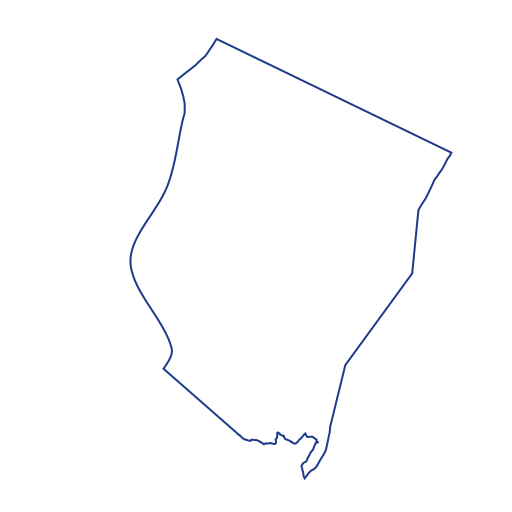 the district of Famatina, La Rioja, Argentina, rotated 206°
{"feature_id": "61730980B89547050111737", "entity_name": "Famatina", "entity_type": "district", "adm_level": 2, "iso_a3": "ARG", "parent_name": "Argentina", "parent_adm1": "La Rioja", "projection": "robinson", "projection_center": [-67.626, -28.654], "detail": "fine", "context": "isolated", "style": "outline", "palette": "blue", "viewbox_px": 512, "rotation_deg": 206, "n_neighbors": 0, "source": "geoboundaries", "source_scale": "gbopen_adm2", "svg_char_len": 5533}
<svg xmlns="http://www.w3.org/2000/svg" viewBox="0 0 512 512"><g transform="rotate(206 256 256)"><path d="M114.8,77.5L114.5,78.9L113.6,83.4L112.9,86.1L111.9,87.9L110.6,89.6L109.8,91.5L109.3,93.5L109.2,95.7L109.0,97.8L108.9,99.9L108.8,102.0L108.5,104.1L108.3,106.2L108.1,108.3L108.1,110.4L108.2,112.5L108.7,114.6L109.2,116.6L109.7,118.7L110.2,120.7L110.3,120.9L110.7,122.8L111.3,124.8L111.8,126.9L112.2,128.9L112.9,130.9L113.6,132.9L114.4,134.8L116.7,145.5L119.2,156.9L120.7,163.8L127.9,197.1L108.0,308.8L109.3,312.4L127.8,362.1L130.1,368.4L129.9,371.6L129.8,373.7L129.6,375.8L129.3,377.9L129.0,380.0L128.8,382.1L128.7,384.2L128.7,386.3L128.7,388.4L128.7,390.6L128.7,392.7L128.8,394.8L128.8,396.9L128.8,399.0L129.0,401.1L128.9,403.2L128.5,405.3L128.1,407.4L127.8,409.5L127.5,411.6L127.1,413.6L126.8,415.7L126.7,417.8L126.6,420.0L126.5,422.1L126.5,424.2L126.5,426.3L126.3,428.4L125.6,431.2L125.7,434.5L386.6,433.8L386.8,431.7L387.0,429.5L387.2,427.4L387.4,425.4L387.8,423.3L388.1,421.2L388.4,419.1L388.6,417.0L389.0,414.9L389.5,412.8L390.3,410.9L391.2,409.0L391.9,407.0L392.6,405.0L393.3,403.0L394.0,401.0L404.0,380.4L401.6,378.0L399.0,375.7L396.0,372.8L394.5,371.0L392.7,369.1L391.0,367.2L389.6,365.2L387.5,362.6L386.0,359.9L384.7,357.1L383.7,355.2L382.7,353.0L381.5,346.1L380.6,342.6L380.1,340.5L379.6,338.5L379.1,336.4L378.5,334.4L378.0,332.3L377.4,330.3L376.8,328.2L376.3,326.2L375.7,324.1L375.1,322.1L374.6,320.0L374.0,318.0L373.5,316.0L372.9,313.9L372.3,311.5L371.9,309.8L371.3,307.8L370.8,305.7L370.3,303.6L369.9,301.6L369.4,299.5L369.0,297.5L368.6,295.4L368.2,293.3L367.8,291.3L367.5,289.2L367.2,287.1L366.9,285.0L366.6,283.0L366.4,280.9L366.3,278.8L366.2,276.6L366.1,274.5L366.1,272.3L366.2,270.1L366.2,267.9L366.4,265.7L366.5,263.5L366.7,261.2L367.0,259.0L367.2,256.7L367.5,254.5L367.7,252.2L368.0,250.0L368.3,247.7L368.6,245.4L368.9,243.2L369.2,240.9L369.5,238.7L369.8,236.5L370.0,234.2L370.2,232.0L370.5,229.8L370.6,227.6L370.8,225.5L370.9,223.3L371.0,221.2L371.0,219.1L371.0,217.0L370.9,214.9L370.8,212.9L370.6,210.9L370.3,209.0L370.0,207.0L369.6,205.1L369.2,203.3L368.6,201.4L368.0,199.6L367.3,197.9L366.5,196.2L365.6,194.5L364.6,192.9L363.6,191.3L362.5,189.8L361.3,188.3L360.0,186.8L358.7,185.4L357.4,184.0L355.9,182.6L354.5,181.2L352.9,179.9L351.4,178.6L349.7,177.3L348.1,176.0L346.4,174.8L344.7,173.6L342.9,172.4L341.1,171.2L339.3,170.0L337.4,168.8L335.6,167.6L333.7,166.5L331.8,165.3L329.9,164.2L328.0,163.1L326.1,161.9L324.2,160.8L322.3,159.6L320.4,158.5L318.6,157.3L316.7,156.2L316.3,156.0L314.8,155.0L313.0,153.8L311.2,152.7L309.4,151.5L307.6,150.2L305.9,149.0L304.2,147.8L302.5,146.5L301.9,146.0L300.9,145.2L299.3,143.9L297.8,142.6L296.3,141.2L294.8,139.8L293.5,138.4L292.1,136.9L290.9,135.4L289.9,133.8L289.2,132.0L288.8,130.1L288.5,128.1L288.5,126.0L288.5,124.4L288.5,123.8L288.7,121.5L289.0,119.2L289.3,116.9L289.6,114.6L289.7,114.1L195.5,88.5L194.9,88.1L194.5,88.1L193.6,87.7L193.2,87.9L192.4,87.9L192.2,87.7L191.8,87.6L191.2,87.3L190.6,87.3L190.2,87.1L189.5,86.8L188.4,86.5L188.0,86.5L187.7,86.3L187.0,86.3L186.2,86.3L185.6,86.3L184.4,86.3L183.4,86.7L182.6,86.8L182.1,86.9L181.2,87.0L180.7,87.2L179.8,87.6L179.8,88.3L179.5,88.9L179.1,89.2L178.0,89.4L177.5,89.6L176.3,90.3L175.3,90.4L174.8,90.8L174.1,90.9L172.4,90.9L171.5,90.9L171.0,90.7L170.4,91.0L169.8,90.6L168.1,90.7L167.4,90.3L166.8,90.2L166.2,90.3L165.6,91.3L165.2,91.9L164.4,92.1L163.4,92.5L162.5,93.1L161.9,93.7L160.5,94.4L160.1,94.4L159.7,94.4L159.3,94.5L158.9,94.7L158.2,94.8L157.6,94.9L157.2,95.1L156.8,95.2L156.3,95.7L156.2,96.5L156.3,97.3L156.5,97.7L156.6,98.0L156.9,98.3L157.2,98.7L157.6,99.2L157.9,99.5L157.9,100.5L157.5,101.3L157.5,101.7L157.7,102.4L157.9,102.8L158.1,103.3L158.1,103.9L158.2,104.5L158.7,105.0L158.8,105.2L159.3,105.9L159.3,106.0L159.3,106.3L159.2,106.7L158.9,107.0L158.6,107.0L158.2,107.0L158.0,106.9L156.5,106.5L156.3,106.4L155.9,106.2L155.3,106.1L154.0,106.1L153.1,106.0L152.9,106.2L152.4,106.6L151.8,106.2L151.6,106.0L151.2,105.4L150.8,105.0L150.7,104.9L149.9,104.5L149.1,104.3L148.3,104.4L147.3,104.6L146.6,104.6L145.6,104.7L144.4,104.6L143.8,104.4L143.1,104.7L142.3,104.2L142.2,104.2L141.7,104.4L141.4,104.3L140.9,104.3L140.6,104.2L140.3,104.2L139.9,104.2L139.3,104.1L138.9,104.3L138.0,105.0L137.9,105.2L137.7,105.8L137.4,106.3L136.9,107.7L136.8,108.5L136.6,109.8L136.2,110.6L136.1,111.0L135.5,112.0L135.2,113.5L135.1,114.1L134.8,115.3L134.5,116.1L134.4,117.1L133.9,118.1L133.0,117.5L132.2,116.7L131.7,116.4L131.0,116.0L130.5,115.9L130.0,116.0L129.6,116.1L129.0,116.8L128.3,117.1L127.5,117.6L127.0,117.8L126.5,118.1L126.3,118.1L125.9,118.3L125.3,118.2L124.9,118.1L124.2,118.0L123.3,117.7L123.2,117.7L122.8,117.7L122.5,117.7L121.6,117.7L121.1,117.5L120.9,117.3L120.8,116.9L120.7,116.6L120.6,116.3L120.5,116.0L120.4,115.9L120.0,115.7L119.7,115.6L119.1,115.8L118.7,115.8L118.7,115.7L118.9,115.3L119.2,115.2L119.4,115.1L119.6,115.0L119.9,114.9L120.1,114.7L120.3,114.4L120.4,113.2L120.3,112.0L120.2,111.5L120.2,110.1L120.1,109.3L120.0,108.1L119.9,106.7L120.0,106.0L120.5,104.8L120.7,104.4L120.7,103.6L120.8,102.4L120.8,100.8L120.7,100.3L120.8,99.0L121.0,98.3L120.9,98.1L120.9,97.4L121.0,96.5L120.8,95.7L120.8,95.3L120.8,95.1L120.8,94.4L120.8,94.2L120.8,93.3L121.0,93.0L121.2,92.8L121.5,92.4L121.6,92.2L122.1,91.6L122.3,91.4L122.6,90.9L122.7,90.4L122.7,90.2L122.8,89.9L123.0,89.3L123.0,88.9L123.1,88.2L123.0,87.0L122.3,86.1L122.0,85.9L121.5,85.5L121.0,84.8L120.8,84.5L120.7,84.4L120.6,84.0L119.8,83.2L119.2,82.8L118.1,81.2L117.6,80.2L116.8,79.2L115.5,78.0L114.8,77.5Z" fill="none" stroke="#1e3a8a" stroke-width="2"/></g></svg>